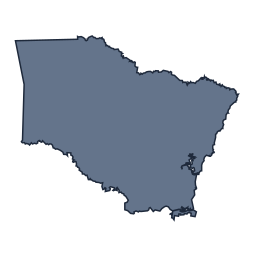 Central Coast (Tas.), Tasmania, Australia, rotated 89°
{"feature_id": "25037944B34694615904571", "entity_name": "Central Coast (Tas.)", "entity_type": "district", "adm_level": 2, "iso_a3": "AUS", "parent_name": "Australia", "parent_adm1": "Tasmania", "projection": "equal_earth", "projection_center": [146.11, -41.27], "detail": "fine", "context": "isolated", "style": "filled", "palette": "slate", "viewbox_px": 256, "rotation_deg": 89, "n_neighbors": 0, "source": "geoboundaries", "source_scale": "gbopen_adm2", "svg_char_len": 5718}
<svg xmlns="http://www.w3.org/2000/svg" viewBox="0 0 256 256"><g transform="rotate(89 128 128)"><path d="M35.6,176.8L38.4,176.8L38.8,239.0L82.6,231.1L138.4,233.7L139.7,234.8L140.2,234.6L140.9,233.8L140.8,231.7L142.2,231.0L141.7,229.9L142.3,227.7L143.3,226.7L141.1,224.9L142.3,223.8L141.6,221.8L142.2,220.0L141.4,218.6L140.1,218.6L139.1,217.4L139.0,216.8L139.7,216.6L139.7,215.7L140.7,215.1L140.4,214.1L139.3,213.6L142.9,210.2L142.2,209.1L143.3,207.6L142.5,206.6L142.7,205.1L143.8,203.9L146.6,203.1L146.8,202.0L147.9,200.9L147.6,199.2L149.1,196.1L151.0,193.5L153.2,192.8L153.4,190.1L154.6,189.0L151.6,189.4L151.9,185.6L154.1,185.6L154.7,184.3L156.1,183.5L158.0,184.1L159.0,182.4L160.0,183.8L160.8,183.9L161.3,183.1L160.5,181.2L160.7,180.6L163.0,180.1L165.0,180.6L165.2,179.6L166.3,179.1L166.6,178.0L168.2,177.1L169.2,177.6L171.4,174.6L173.2,174.4L173.2,172.7L174.8,171.1L174.5,169.8L178.9,168.5L179.0,167.9L178.1,166.7L179.0,166.5L178.8,165.9L180.4,163.8L180.8,161.6L181.6,161.1L182.0,157.9L182.7,156.3L182.3,154.3L186.0,155.1L189.1,154.2L188.8,153.1L187.3,152.1L187.9,151.2L191.1,151.8L190.2,147.4L188.6,146.7L187.1,147.6L186.4,146.4L187.6,142.6L188.6,142.5L190.1,144.2L190.4,143.7L189.7,142.0L190.3,140.0L188.2,140.7L187.3,139.9L190.3,137.9L192.4,138.2L192.0,135.9L193.3,135.1L193.7,133.4L195.3,133.0L196.1,131.5L200.2,129.0L202.2,130.2L203.0,132.5L209.7,132.6L210.6,129.8L213.4,126.9L213.9,123.8L213.3,123.2L212.1,123.5L211.1,121.4L212.1,119.0L211.3,118.1L211.7,116.5L211.1,109.9L210.2,108.7L208.4,108.2L207.9,107.2L211.9,104.2L210.4,102.3L211.6,97.5L209.2,95.6L207.3,92.8L206.8,91.2L207.5,89.0L210.1,87.3L211.6,84.9L210.1,78.3L210.7,76.8L211.0,72.9L210.7,72.8L210.5,72.3L210.3,72.3L210.4,74.7L209.2,74.8L208.9,76.1L207.8,75.5L209.3,73.5L209.8,71.5L209.2,71.5L208.5,70.2L209.3,70.7L210.0,69.6L208.7,69.0L210.1,69.3L210.2,68.2L210.9,67.9L210.0,67.1L210.8,67.1L210.8,65.0L209.6,63.9L200.7,65.7L196.1,62.5L191.4,62.9L190.1,60.9L189.2,61.4L189.1,60.6L186.4,61.5L182.8,61.7L175.6,60.2L175.6,57.4L175.4,59.4L176.0,62.6L175.3,64.3L173.5,64.8L172.3,64.4L172.7,65.0L170.9,65.2L170.6,66.4L169.4,67.2L170.0,67.4L170.6,68.1L169.0,67.4L166.7,69.2L165.5,68.2L165.5,67.2L164.8,68.0L165.4,68.8L164.4,69.6L166.0,70.5L166.8,74.5L168.2,75.3L169.0,74.5L169.6,74.6L169.7,74.9L169.6,75.4L169.6,74.7L169.1,74.6L168.9,75.0L168.3,75.3L168.1,75.3L166.8,74.6L165.4,71.0L163.9,70.5L163.8,69.3L164.6,68.6L163.9,68.2L165.0,66.6L164.0,66.3L161.0,67.5L159.5,65.2L158.4,65.1L156.6,68.5L156.8,67.3L156.3,66.5L155.7,66.1L155.0,67.3L155.3,65.3L156.0,65.3L154.6,63.3L156.8,64.5L159.4,64.2L157.8,63.7L157.7,62.8L158.2,62.2L158.0,61.6L158.2,61.3L158.4,62.8L159.5,61.9L159.7,62.3L159.0,63.0L160.6,63.9L161.1,63.6L161.4,63.6L160.8,64.5L161.3,64.8L165.0,64.4L166.2,66.4L167.3,66.0L168.3,67.0L169.5,64.4L168.7,63.4L169.2,62.5L171.9,62.1L173.0,63.9L175.0,63.5L174.7,60.6L174.0,58.9L174.4,58.6L174.3,59.2L174.5,59.7L174.8,58.1L172.9,57.0L172.1,56.0L172.1,55.1L166.5,55.0L164.2,54.3L162.0,52.5L160.8,52.8L158.5,52.0L156.6,50.1L157.3,47.9L157.0,47.3L157.6,47.1L157.7,46.0L156.3,44.7L155.5,45.1L154.9,43.9L154.2,44.0L154.1,42.4L153.7,42.2L152.3,43.5L150.9,43.0L150.4,43.6L147.5,43.6L146.5,43.2L146.1,41.8L144.4,42.0L139.1,40.6L135.8,40.5L135.2,39.5L133.4,38.7L132.2,36.9L132.7,36.2L130.1,34.3L130.2,33.2L128.5,33.2L126.2,32.3L124.5,33.1L122.5,32.8L121.5,31.9L120.8,30.1L116.5,29.7L114.7,28.4L114.8,27.4L114.0,27.9L111.4,27.2L110.2,26.0L107.7,25.3L104.2,21.3L103.8,19.7L103.1,19.9L102.0,18.8L100.1,18.8L98.0,17.7L97.3,17.9L96.1,17.0L96.1,18.0L96.7,18.8L94.4,19.8L94.2,19.3L93.1,19.5L90.8,21.6L90.8,23.8L91.5,25.6L90.1,25.5L89.5,27.4L90.2,29.0L89.0,29.3L89.1,30.6L88.3,30.7L87.7,32.4L86.6,32.9L88.0,34.2L86.7,34.6L87.1,35.5L86.8,36.0L85.6,35.7L86.2,37.0L85.8,38.6L83.6,39.3L84.2,41.0L81.8,41.9L82.0,43.4L81.4,44.2L82.3,44.8L80.5,46.5L81.3,46.9L81.5,48.3L81.0,48.6L80.1,47.5L78.5,49.3L79.2,50.3L77.9,50.7L79.3,51.0L79.0,52.6L80.5,52.2L80.6,53.2L79.2,54.1L82.0,56.8L82.6,58.6L84.5,60.0L83.7,61.9L83.8,63.7L82.7,64.6L84.3,65.5L83.2,67.2L84.9,67.2L86.2,68.0L83.1,69.2L83.4,70.5L83.0,71.2L83.5,72.4L81.5,72.8L81.3,75.4L76.2,80.6L75.7,82.9L75.1,83.6L73.0,83.5L72.3,84.4L73.3,86.2L72.1,87.0L71.0,91.7L72.6,93.8L72.8,96.5L71.4,96.7L71.2,99.5L72.1,100.2L71.7,101.3L73.3,102.3L71.8,104.6L71.9,106.9L72.3,108.8L73.1,109.6L73.4,111.7L74.4,112.8L73.5,114.1L74.4,114.3L74.9,115.3L73.1,116.5L72.8,118.3L67.5,117.3L67.4,118.6L66.1,120.0L62.5,119.6L62.0,120.6L62.7,121.7L62.2,122.0L61.8,123.4L61.2,122.8L60.7,123.3L61.2,125.1L60.4,124.6L57.6,128.6L57.9,130.6L57.5,131.4L58.0,131.7L57.2,132.1L56.5,131.2L55.8,131.4L56.2,132.7L55.8,133.4L54.0,133.1L53.4,132.2L53.0,133.3L52.1,133.1L51.3,135.4L48.9,136.5L49.3,140.5L48.4,141.0L48.0,142.9L46.7,145.0L46.2,145.1L46.5,145.8L45.2,147.0L45.3,148.7L44.3,148.4L43.7,149.0L42.4,149.0L41.7,150.0L39.0,150.6L38.5,151.3L38.5,152.3L37.1,152.3L37.7,153.7L37.4,154.8L38.0,155.8L38.1,158.2L36.8,159.6L37.0,160.6L35.4,162.1L35.6,163.1L36.9,166.0L38.2,166.5L38.4,167.3L39.4,167.1L40.0,168.3L39.5,169.1L38.1,169.5L36.8,171.2L35.8,173.2L36.1,175.9L35.6,176.8ZM217.8,62.5L213.0,61.1L211.1,63.9L211.9,67.9L211.4,70.1L212.3,71.7L212.9,74.8L212.7,76.0L211.8,77.9L212.8,75.2L212.5,74.6L211.8,75.7L212.5,74.1L211.9,73.3L211.8,74.4L211.2,74.4L210.4,78.5L211.7,84.7L213.6,85.0L214.5,87.2L214.9,87.3L214.7,86.1L215.7,85.9L215.4,85.3L218.5,85.9L218.6,85.0L220.6,83.6L216.4,83.0L217.1,79.0L214.8,78.6L214.9,77.0L215.9,77.1L215.7,73.6L214.6,73.1L215.0,70.5L214.1,70.1L213.6,68.4L214.4,66.3L217.0,66.7L217.8,62.5ZM211.2,73.1L211.1,74.3L211.9,72.9L211.2,73.1ZM157.9,65.0L156.0,64.4L156.9,65.0L157.9,65.0ZM211.1,72.3L210.8,72.8L211.0,72.8L211.1,72.3ZM211.6,72.5L212.0,72.3L211.9,71.7L211.8,72.2L211.6,72.5Z" fill="#64748b" stroke="#1e293b" stroke-width="1.5"/></g></svg>